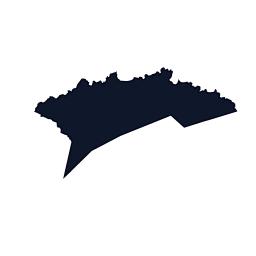 outline of West Guadalcanal, Guadalcanal, Solomon Islands, rotated 114°
{"feature_id": "97153195B83823462382784", "entity_name": "West Guadalcanal", "entity_type": "district", "adm_level": 2, "iso_a3": "SLB", "parent_name": "Solomon Islands", "parent_adm1": "Guadalcanal", "projection": "albers", "projection_center": [159.663, -9.546], "detail": "fine", "context": "isolated", "style": "filled", "palette": "ink", "viewbox_px": 256, "rotation_deg": 114, "n_neighbors": 0, "source": "geoboundaries", "source_scale": "gbopen_adm2", "svg_char_len": 5583}
<svg xmlns="http://www.w3.org/2000/svg" viewBox="0 0 256 256"><g transform="rotate(114 128 128)"><path d="M68.4,36.0L68.0,36.6L67.7,37.5L67.5,37.4L67.3,37.7L67.3,38.0L67.1,38.4L67.2,39.1L66.9,39.5L66.4,39.7L65.2,39.4L64.9,39.4L64.5,39.9L63.6,40.0L62.9,40.5L62.4,41.7L62.5,43.6L62.4,44.2L61.3,45.3L61.3,45.6L61.7,46.3L61.7,46.8L61.2,47.3L61.4,48.7L61.3,49.3L61.4,49.7L62.2,50.0L62.3,50.5L62.7,50.7L62.7,51.3L62.5,51.7L61.3,52.2L61.6,52.5L61.7,53.3L62.1,53.3L62.2,53.8L62.8,54.1L63.1,55.3L63.0,55.9L63.2,56.7L62.7,57.4L60.7,57.9L59.9,58.3L59.4,58.8L59.3,59.3L60.1,59.8L60.1,60.2L59.8,60.4L59.8,61.0L59.3,61.7L59.2,62.3L58.8,63.0L58.6,63.1L57.9,63.0L57.7,63.5L57.9,63.6L58.1,63.6L58.7,63.1L59.0,63.1L60.3,63.7L60.9,64.3L62.5,66.9L63.3,69.1L63.5,70.2L63.4,70.4L63.2,70.6L63.2,71.0L62.4,71.8L62.1,71.8L62.0,72.1L61.8,72.1L61.4,72.4L60.9,72.3L61.7,72.7L61.8,72.9L62.5,72.7L62.8,72.8L63.6,73.5L64.1,73.5L64.1,73.9L63.8,74.2L63.9,74.9L65.3,76.1L65.9,76.5L66.3,77.1L66.6,78.0L66.6,78.3L66.3,78.5L65.2,78.3L65.0,78.5L64.5,78.5L63.7,78.1L63.1,78.3L62.8,78.7L61.6,79.0L61.4,80.0L61.8,81.5L62.0,81.6L63.0,81.8L64.0,81.9L64.8,82.4L64.6,83.0L64.0,83.1L64.3,83.4L64.3,84.1L63.7,84.9L63.6,85.5L63.9,86.2L64.3,86.7L64.3,87.5L64.1,87.7L63.5,87.8L62.9,87.7L61.6,87.9L61.3,88.2L61.6,89.2L61.4,89.5L61.7,89.6L63.0,90.8L62.9,91.7L62.3,92.1L62.4,92.7L62.6,93.0L63.2,93.4L64.3,95.6L64.7,96.0L65.1,96.7L64.9,96.8L65.2,97.6L65.1,98.4L65.3,98.8L65.3,99.1L64.6,100.3L64.4,100.6L64.8,100.5L65.3,100.7L66.4,100.5L68.7,101.2L69.5,102.1L69.5,102.7L69.9,103.4L70.0,104.1L69.4,105.6L68.9,106.0L69.0,106.4L68.8,106.9L68.5,107.3L68.4,107.4L68.6,107.6L68.6,109.1L67.7,110.2L66.9,110.7L64.7,109.8L64.0,109.7L62.8,109.7L61.0,110.3L60.7,110.2L60.2,110.4L59.5,110.3L58.6,110.6L58.1,110.4L58.3,110.6L58.8,111.7L58.7,112.2L58.2,112.5L59.2,112.9L59.9,114.2L59.5,115.2L59.0,115.6L58.8,115.5L58.6,115.9L59.4,116.5L60.0,117.3L60.2,118.0L60.0,119.0L59.6,119.2L58.9,119.3L58.9,120.1L59.9,120.7L60.3,121.1L61.1,121.3L62.2,121.0L62.9,120.4L63.6,119.8L64.5,119.5L65.3,119.6L65.4,119.9L65.2,120.3L65.3,120.4L65.7,120.0L66.3,120.3L66.5,120.6L66.4,121.1L66.2,121.6L65.9,121.8L65.8,122.3L65.5,122.7L65.2,122.7L65.3,123.1L65.0,123.6L65.1,124.0L65.5,124.3L66.2,124.2L66.4,124.3L66.7,124.3L67.5,125.0L68.1,124.8L68.2,125.0L68.4,125.0L68.5,125.2L68.5,125.3L68.7,125.5L68.4,125.9L68.9,126.3L69.5,126.2L69.8,126.5L69.6,126.8L69.4,126.9L69.3,127.1L70.1,127.6L70.7,127.4L71.1,127.7L71.3,128.1L71.2,128.5L72.6,130.5L72.4,131.5L72.5,132.4L73.8,132.5L74.4,132.2L75.0,132.5L75.5,132.5L75.9,132.2L76.8,132.5L77.5,133.3L77.9,134.1L77.8,134.6L77.3,135.6L76.9,135.8L76.8,135.7L76.6,135.9L76.9,136.2L76.9,136.5L76.8,137.5L77.2,137.9L78.4,138.0L78.7,138.2L79.1,139.2L79.0,140.2L79.5,141.3L79.3,142.1L79.6,142.5L80.0,142.6L80.9,142.3L82.5,143.2L83.5,144.0L85.1,146.0L85.9,147.1L86.5,148.4L88.0,152.4L88.6,154.3L88.6,155.1L87.8,156.0L87.8,157.2L87.6,157.7L86.3,159.1L85.5,159.7L84.4,160.2L83.9,160.2L83.1,161.4L82.7,161.5L82.9,161.6L82.8,161.8L83.0,161.9L83.1,162.3L84.0,163.4L85.2,164.4L85.7,165.2L85.7,165.5L86.1,165.7L87.4,165.6L89.1,165.2L90.0,166.0L90.2,166.8L90.0,167.3L90.4,167.2L90.7,167.3L91.4,167.8L91.6,167.8L91.8,167.4L92.0,167.2L92.7,166.9L94.5,166.8L95.3,167.3L96.3,167.6L96.7,168.1L96.5,168.4L97.3,168.4L97.4,168.1L97.6,168.1L98.0,168.5L98.1,169.1L97.8,169.8L97.7,170.8L97.3,171.3L96.8,171.6L96.5,172.1L96.6,172.3L97.1,172.5L98.4,173.5L99.0,174.3L99.7,174.8L100.0,175.2L100.0,175.6L100.1,175.8L99.7,176.2L99.8,176.8L99.4,177.5L99.3,178.1L99.9,178.5L100.1,178.4L100.3,178.0L102.2,177.9L102.2,177.6L103.0,177.4L104.3,177.8L104.8,178.7L105.1,179.7L105.2,181.2L104.8,181.8L104.0,182.5L103.6,182.6L103.0,182.4L102.7,182.5L102.9,183.1L102.7,183.7L102.6,184.0L102.0,184.2L102.0,184.5L102.3,184.8L102.1,185.5L101.2,187.0L101.3,187.4L101.6,187.9L101.7,189.0L102.1,189.7L103.7,190.2L105.0,190.3L105.4,190.6L106.3,190.6L107.1,191.0L108.0,190.9L108.5,191.3L109.8,191.3L112.3,191.0L113.2,191.4L113.6,191.8L113.8,192.4L114.1,192.5L114.5,193.3L115.1,193.7L116.1,193.9L117.4,193.7L118.1,193.9L118.4,194.7L118.2,195.5L118.1,196.7L118.5,197.4L119.1,197.0L119.6,196.5L119.9,196.4L120.9,196.7L121.1,197.1L121.7,197.0L122.1,197.3L122.5,197.3L124.2,198.5L124.4,198.8L124.2,200.9L124.9,201.9L125.6,202.3L126.1,203.3L126.3,203.3L126.8,202.6L127.3,203.3L127.9,203.8L128.6,204.0L128.6,203.5L128.7,203.4L130.0,204.4L130.6,205.0L130.9,205.5L131.3,206.6L131.3,207.0L130.8,207.4L130.9,207.9L130.7,208.5L130.6,209.9L130.9,210.4L131.2,211.6L131.4,211.6L132.1,211.5L133.1,211.6L133.6,211.9L133.9,212.5L134.2,212.8L134.6,212.8L135.2,212.7L136.4,213.4L136.7,213.7L137.5,213.7L138.2,213.9L138.8,214.7L139.4,214.9L140.1,215.7L140.2,216.4L139.9,217.3L140.4,218.2L141.5,219.2L143.1,219.7L143.9,219.2L144.3,219.2L145.5,219.3L147.8,220.0L148.5,219.6L149.8,219.4L150.2,219.0L150.5,219.2L150.4,216.3L150.6,214.6L150.3,213.2L150.8,212.5L152.4,212.1L152.3,211.7L151.0,210.1L151.6,209.1L151.2,208.3L151.5,207.0L151.5,204.3L150.6,202.0L150.9,201.4L151.0,200.9L151.6,199.5L151.6,197.1L151.0,195.5L153.7,193.5L154.0,193.6L154.7,193.2L155.2,192.7L155.3,192.2L154.7,190.8L155.7,188.8L156.3,188.3L157.5,187.7L158.9,187.4L159.1,186.4L159.1,183.0L158.7,181.3L159.2,179.6L160.1,179.1L159.8,177.0L161.2,176.9L161.4,176.7L161.3,176.1L162.0,174.9L162.5,174.1L163.0,173.8L163.3,173.3L198.3,166.3L190.3,163.0L190.0,163.0L163.4,152.5L137.6,132.0L98.5,94.1L104.1,77.0L90.2,61.3L86.8,57.2L68.4,36.0ZM73.7,133.2L73.6,132.8L72.9,132.7L72.3,133.1L72.5,133.5L73.1,133.6L73.7,133.2ZM72.4,132.6L72.2,132.1L71.8,132.6L72.0,132.9L72.4,132.8L72.4,132.6Z" fill="#0f172a" stroke="#020617" stroke-width="1.5"/></g></svg>